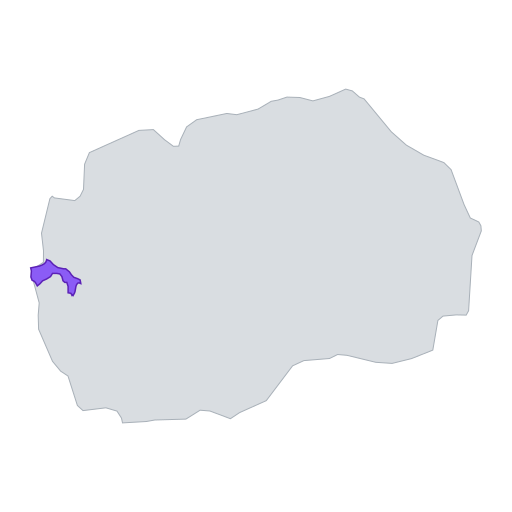 Debar on a map of North Macedonia (Natural Earth projection)
{"feature_id": "MKD-2952", "entity_name": "Debar", "entity_type": "Statistical Region", "adm_level": 1, "iso_a3": "MKD", "parent_name": "North Macedonia", "parent_adm1": "", "projection": "natural_earth1", "projection_center": [20.605, 41.506], "detail": "fine", "context": "in_parent", "style": "filled", "palette": "violet", "viewbox_px": 512, "rotation_deg": 0, "n_neighbors": 0, "source": "natural_earth", "source_scale": "10m", "svg_char_len": 1710}
<svg xmlns="http://www.w3.org/2000/svg" viewBox="0 0 512 512"><path d="M227.0,113.5L236.8,114.7L258.0,109.1L271.2,101.3L277.9,100.1L286.9,97.1L299.8,97.5L312.9,100.9L329.4,96.4L345.7,89.1L352.3,90.9L359.4,97.1L364.1,98.9L391.3,131.8L406.3,145.1L423.8,155.2L443.9,162.6L451.1,169.7L464.1,204.7L470.3,218.0L478.8,222.0L480.9,225.8L481.3,230.9L472.0,255.5L468.6,310.7L466.2,315.1L456.2,314.9L443.0,316.1L437.9,320.4L432.8,350.1L411.5,358.6L392.1,363.4L375.8,362.3L346.9,355.3L337.6,354.5L329.5,358.5L303.9,360.6L292.6,365.8L266.3,400.6L239.6,412.6L230.4,418.7L209.9,411.0L200.1,410.2L185.9,419.1L154.8,420.0L146.4,421.5L122.5,422.9L121.5,418.1L117.0,411.1L105.9,407.8L83.0,410.6L77.4,405.5L68.0,376.0L60.7,371.2L52.5,361.3L38.6,329.2L38.2,315.2L39.2,302.9L31.5,274.2L36.3,266.9L43.4,262.3L43.5,250.8L41.5,233.2L49.9,198.7L52.2,196.2L54.4,197.9L74.8,200.6L80.1,196.2L83.5,189.4L84.6,164.2L89.4,152.6L138.9,130.4L153.4,129.6L164.5,139.7L173.4,146.3L178.7,146.1L180.6,139.5L186.6,126.9L196.7,119.7L226.7,113.5L227.0,113.5Z" fill="#d9dde1" stroke="#a8b0b8" stroke-width="1"/><path d="M37.3,285.9L35.4,282.5L34.1,281.2L32.1,280.3L30.9,277.0L31.4,271.0L30.7,267.9L39.3,266.1L41.9,265.1L44.2,263.8L45.7,262.3L46.7,260.0L46.7,259.6L50.0,260.9L53.4,264.6L57.8,267.6L63.7,268.8L65.7,268.8L69.4,271.8L71.4,274.8L73.8,277.3L77.7,278.7L80.1,279.9L80.6,282.4L80.8,283.6L80.0,283.3L79.2,282.8L77.8,283.1L76.6,284.6L75.9,286.5L75.5,288.9L75.0,291.6L74.5,293.0L73.1,295.5L72.5,294.8L72.0,295.4L70.9,293.3L68.1,292.8L68.1,289.8L68.1,286.4L66.8,282.4L64.8,282.4L63.0,280.8L61.9,276.6L59.8,273.9L56.7,273.4L52.5,273.4L50.5,276.6L46.6,279.0L42.6,280.8L40.0,283.7L37.3,285.9Z" fill="#8b5cf6" stroke="#5b21b6" stroke-width="1.5"/></svg>